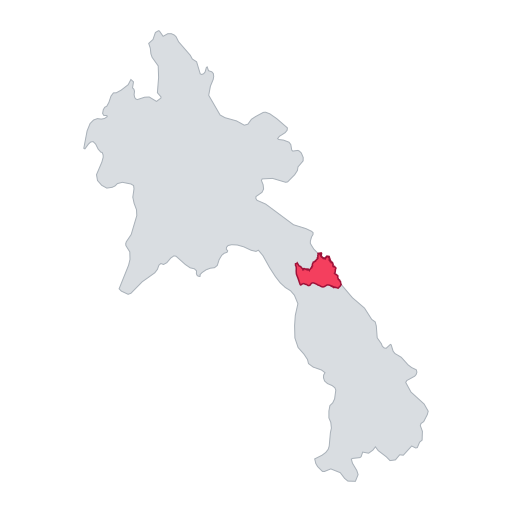 Nakay, Khammouan, Laos (highlighted)
{"feature_id": "54806243B86213796006306", "entity_name": "Nakay", "entity_type": "district", "adm_level": 2, "iso_a3": "LAO", "parent_name": "Laos", "parent_adm1": "Khammouan", "projection": "robinson", "projection_center": [105.229, 17.931], "detail": "fine", "context": "in_parent", "style": "filled", "palette": "rose", "viewbox_px": 512, "rotation_deg": 0, "n_neighbors": 0, "source": "geoboundaries", "source_scale": "gbopen_adm2", "svg_char_len": 8697}
<svg xmlns="http://www.w3.org/2000/svg" viewBox="0 0 512 512"><path d="M176.1,36.8L178.6,41.8L190.3,55.3L192.3,59.0L196.6,61.8L200.2,73.8L201.7,74.5L203.7,73.7L205.1,72.0L206.4,67.4L207.2,66.9L208.5,70.7L211.8,71.8L213.3,73.5L213.7,76.4L213.2,79.4L210.4,86.2L208.7,95.3L220.1,115.0L225.0,117.7L236.5,120.9L244.3,125.2L247.9,124.2L251.4,119.3L255.5,116.6L263.3,112.4L265.5,112.2L269.8,113.8L276.8,118.7L287.4,127.9L287.1,130.3L285.1,132.7L279.4,136.3L277.6,138.6L278.7,139.5L283.5,140.1L289.0,142.2L290.8,144.6L291.7,150.0L292.7,151.1L297.9,150.4L299.5,151.2L301.3,153.0L303.2,157.5L303.1,160.9L298.0,166.9L297.4,170.5L294.7,174.7L287.6,181.9L285.7,182.3L272.6,178.4L262.2,178.9L261.4,180.4L263.1,184.7L263.6,189.0L262.0,192.3L256.0,196.5L255.8,198.4L257.0,200.3L265.7,204.1L293.4,224.7L306.1,228.7L311.6,231.3L313.1,232.7L313.0,234.5L311.6,236.8L310.4,240.9L310.3,243.3L311.6,245.6L313.8,249.1L321.6,257.0L327.3,258.8L333.3,267.8L335.1,275.6L338.0,280.7L352.4,297.7L364.5,308.1L371.7,319.4L375.2,321.9L376.3,326.0L377.2,337.8L381.4,343.8L382.3,346.2L384.1,347.9L386.1,348.3L390.4,344.4L391.2,344.9L393.1,351.2L394.9,353.5L401.3,357.3L408.1,364.9L411.7,367.6L416.3,369.8L416.9,372.2L416.1,374.6L414.7,376.2L406.8,380.5L405.7,382.4L411.0,392.1L424.1,404.0L428.2,411.2L427.3,414.6L423.7,421.6L421.0,423.5L420.3,425.6L422.4,431.3L422.1,440.1L419.6,442.2L417.3,447.6L415.7,448.0L411.7,446.0L403.3,455.2L399.7,454.8L395.4,459.9L390.0,460.6L386.3,456.8L378.2,450.6L375.4,446.8L372.9,450.1L368.6,453.2L362.7,452.1L361.1,456.7L359.9,457.6L352.7,458.4L351.3,459.1L352.5,463.3L356.8,470.5L358.1,474.6L355.4,481.3L347.9,481.1L344.6,478.4L340.3,472.7L330.8,468.9L324.4,471.5L322.4,471.4L317.6,466.6L315.8,463.5L314.7,458.9L322.1,455.2L325.8,452.4L328.2,449.3L329.2,446.1L330.4,432.8L331.4,428.1L330.8,422.4L328.9,417.9L328.9,411.1L329.9,405.6L332.7,402.9L334.6,398.9L335.8,390.1L334.9,387.8L332.2,385.6L327.5,383.6L324.6,381.0L323.5,377.8L323.6,375.1L325.0,372.7L321.5,370.0L313.2,367.1L308.5,363.6L307.5,359.5L304.0,354.2L298.1,347.5L294.9,338.0L294.6,325.6L295.3,315.4L297.9,303.7L294.4,295.2L290.6,290.8L285.3,287.5L280.2,282.8L275.4,276.6L269.6,267.6L262.9,255.6L258.4,250.2L256.0,251.4L251.2,250.3L243.7,246.8L237.3,245.0L231.7,244.7L228.1,245.5L226.5,247.3L226.3,249.1L227.7,250.9L227.0,252.3L224.1,253.3L221.7,255.3L219.1,259.7L217.3,265.4L214.5,267.7L210.3,268.2L206.1,269.8L202.0,272.6L200.0,274.7L200.2,276.2L199.3,276.5L197.3,275.7L196.4,273.8L196.5,270.8L194.4,268.8L190.1,267.8L185.3,264.5L176.0,256.2L173.8,255.9L170.8,258.0L166.8,262.7L163.5,264.5L160.9,263.5L158.9,265.2L157.4,269.4L154.8,272.8L142.3,281.7L130.9,293.3L128.1,294.3L121.3,291.1L119.1,288.8L128.6,265.2L130.0,259.4L129.8,251.9L125.9,245.6L125.7,243.7L126.3,241.8L131.2,234.5L136.8,215.6L136.5,209.7L134.1,203.3L132.8,197.2L134.0,188.8L133.6,185.6L131.0,184.0L122.4,182.3L117.4,183.6L115.1,185.9L112.2,187.3L106.8,188.1L101.7,185.3L97.5,180.5L96.5,174.7L101.9,162.0L103.2,157.2L103.1,154.9L102.2,152.5L100.9,152.2L98.2,149.2L95.6,144.0L93.1,141.6L90.7,142.0L88.5,144.0L84.9,148.9L83.8,148.3L87.1,130.9L90.1,123.5L93.6,120.0L97.4,118.6L101.3,119.1L104.5,118.5L107.2,116.7L106.9,115.6L103.8,115.4L102.6,113.4L103.3,109.7L104.7,107.3L106.8,106.2L108.9,102.4L111.0,96.1L113.4,92.9L116.3,92.8L121.2,90.1L128.2,84.7L130.9,79.5L133.5,81.9L132.5,87.9L133.9,89.2L134.5,91.3L134.1,94.7L134.7,97.5L135.7,98.9L137.3,99.6L144.7,97.2L149.2,97.0L156.5,101.4L160.9,98.1L161.0,96.9L157.4,92.7L158.6,77.5L158.2,65.9L152.1,57.3L150.9,53.8L150.3,48.2L148.7,43.4L153.0,39.5L155.4,32.5L158.5,30.7L159.4,31.0L163.1,36.3L167.8,33.7L171.4,33.7L174.4,35.1L176.1,36.8Z" fill="#d9dde1" stroke="#a8b0b8" stroke-width="1"/><path d="M341.1,284.5L340.9,284.4L340.9,284.1L340.8,283.3L340.5,282.3L340.5,281.6L339.9,281.1L339.8,280.7L339.8,280.4L339.6,280.1L339.4,279.9L339.2,279.9L339.0,279.7L338.7,279.7L338.6,279.4L338.3,279.3L338.2,279.2L338.2,278.5L338.0,278.1L337.9,277.8L337.6,277.3L337.6,277.1L337.7,276.6L337.9,276.3L337.9,276.1L337.8,275.9L337.6,276.0L337.4,275.5L337.0,275.2L336.9,275.0L336.6,274.7L336.2,274.7L336.1,274.4L335.8,274.3L335.3,274.0L335.0,273.8L334.8,273.5L334.8,273.2L334.6,273.1L334.9,272.8L335.0,272.6L335.2,272.1L335.2,271.3L335.4,270.8L335.3,270.5L335.3,270.1L335.2,269.8L335.6,269.0L335.8,268.8L335.9,268.4L335.8,267.8L335.4,267.6L335.2,267.4L335.0,267.1L334.8,267.0L334.6,266.6L334.6,266.4L334.4,266.3L334.0,266.4L334.0,266.6L333.8,266.7L333.8,266.8L333.6,266.8L333.5,266.5L333.3,266.3L333.1,266.4L333.0,266.2L333.1,265.9L332.9,265.5L333.0,265.4L333.0,265.1L333.2,264.9L333.2,264.7L333.0,264.4L333.0,264.1L332.9,263.7L332.7,263.7L332.6,263.4L332.6,263.1L332.5,262.5L332.4,262.4L332.2,262.6L331.9,262.7L331.6,262.6L331.3,262.7L331.1,262.6L331.1,261.8L331.0,261.6L331.1,261.4L330.9,261.2L330.8,260.9L330.5,260.7L330.4,260.5L330.3,260.3L329.9,260.4L329.8,260.7L329.7,260.5L329.5,260.4L329.4,260.2L329.4,259.9L329.5,259.8L329.4,259.7L329.5,259.6L329.4,259.6L329.6,259.3L329.7,259.2L329.8,259.1L329.7,258.9L329.8,258.7L329.7,258.5L329.7,258.4L329.6,258.1L329.4,257.9L329.5,257.7L329.3,257.0L329.2,257.0L329.1,257.3L329.0,257.5L328.8,257.7L328.7,257.7L328.6,257.3L328.8,256.8L328.9,256.5L329.0,256.4L328.9,256.3L328.6,256.4L328.5,256.6L328.3,256.6L328.1,256.5L327.9,256.5L327.8,256.3L327.6,256.3L327.4,256.2L327.2,256.3L327.1,256.2L326.9,256.3L326.7,256.2L326.6,256.3L326.8,256.5L326.8,256.8L326.7,256.9L326.6,257.0L326.5,257.4L326.4,257.5L326.1,257.5L325.9,257.3L325.7,257.3L325.3,257.9L325.3,258.1L325.4,258.3L325.2,258.7L325.1,258.9L324.9,258.7L324.7,258.6L324.3,258.6L324.3,258.4L324.1,258.3L323.9,258.0L323.6,258.2L323.6,258.5L323.2,258.5L323.0,258.3L322.9,258.0L322.7,257.5L322.5,257.3L322.4,257.3L322.1,257.4L321.9,257.3L321.8,257.1L321.8,256.9L321.4,256.9L321.3,256.7L321.0,256.4L321.1,256.1L321.3,255.9L321.2,255.5L321.3,255.4L321.2,255.2L321.2,254.9L321.3,254.7L321.2,254.5L321.4,254.3L321.5,253.7L321.4,253.3L321.5,253.2L321.4,253.0L321.1,253.0L321.0,252.9L320.8,253.0L320.6,253.0L320.3,253.4L320.4,253.6L320.3,253.9L320.2,254.3L320.1,254.6L319.9,254.2L320.1,253.6L319.7,253.5L319.5,253.3L319.3,253.2L319.2,253.3L319.1,253.6L318.9,253.6L318.9,253.3L318.6,253.4L318.4,253.3L318.1,253.3L317.9,253.7L317.9,253.8L318.2,254.3L318.0,255.1L317.8,255.4L317.8,256.2L318.0,256.7L318.0,256.9L317.9,257.1L317.8,257.4L317.3,257.8L317.3,258.0L317.7,258.3L317.8,258.5L317.6,258.7L317.1,259.2L316.9,259.4L316.5,259.6L316.2,260.1L315.4,260.8L315.3,261.0L315.4,261.3L315.1,261.4L314.6,261.4L314.3,261.6L314.0,262.1L313.6,262.1L313.4,262.1L313.2,262.2L313.2,262.3L313.2,262.7L312.6,263.6L312.3,264.8L312.3,265.0L312.3,265.3L312.5,265.5L312.5,265.8L312.4,265.8L312.4,266.0L312.2,266.2L312.0,266.3L311.8,266.5L311.7,266.7L311.7,266.8L311.7,267.0L311.8,267.1L311.8,267.4L311.7,267.4L311.7,267.5L311.6,267.8L311.3,267.8L311.2,267.9L311.0,268.2L310.9,268.2L310.9,268.3L310.7,268.4L310.2,269.3L309.9,269.4L309.6,269.9L309.4,270.0L309.3,270.5L309.2,270.4L309.2,270.1L309.1,270.3L309.0,270.2L308.9,270.0L309.0,270.0L308.8,269.9L308.7,269.9L308.6,269.7L308.3,269.5L308.0,269.4L307.8,269.3L307.8,269.2L307.6,269.3L307.6,269.2L307.4,269.2L307.4,269.3L307.5,269.3L307.4,269.5L307.2,269.3L307.1,269.5L307.0,269.3L306.9,269.4L306.8,269.2L306.5,269.3L306.5,269.2L306.4,269.1L306.1,269.3L305.9,269.1L305.7,269.1L305.4,269.1L305.2,268.9L304.7,268.8L304.5,268.6L304.2,268.7L304.1,268.8L303.9,268.9L303.9,268.7L303.7,268.7L303.6,269.1L303.4,269.0L303.4,269.3L303.3,269.2L303.1,269.2L303.0,269.3L303.0,269.2L302.9,269.1L302.9,268.9L302.7,269.0L302.6,268.8L302.5,268.6L302.3,268.5L302.1,268.3L302.0,268.2L301.9,268.1L301.6,267.9L301.2,267.4L301.2,267.2L300.9,267.0L300.8,266.8L300.6,266.5L300.1,266.3L299.4,266.1L298.9,265.7L298.3,264.7L297.2,262.9L296.9,263.4L296.8,263.5L295.5,263.8L295.5,265.3L296.0,266.3L296.2,266.9L296.3,269.0L296.2,271.0L296.4,274.0L296.7,274.9L298.1,278.5L299.6,283.0L300.1,284.4L300.5,284.9L300.8,285.0L301.2,284.7L301.8,284.2L303.0,283.7L303.6,283.6L304.3,283.7L305.0,284.1L305.3,284.3L305.9,284.4L306.4,284.4L306.7,284.6L308.0,285.5L308.5,285.6L309.3,285.5L309.7,285.3L310.0,285.2L310.6,284.3L310.9,283.9L311.6,283.3L312.0,283.0L312.4,282.9L313.2,282.8L315.1,283.5L316.2,284.0L317.2,284.5L317.5,284.7L317.8,285.0L318.4,285.2L319.5,285.5L320.6,286.2L321.4,286.6L322.4,286.9L323.2,286.9L323.9,286.8L325.2,286.1L326.6,285.2L327.5,284.9L327.8,284.9L329.2,285.1L330.2,285.4L330.9,285.9L331.1,286.1L331.3,286.2L331.5,286.0L331.8,286.2L332.0,286.1L332.3,286.6L332.6,286.6L332.9,287.0L333.2,287.2L333.3,287.2L333.5,287.0L333.7,287.4L333.8,287.3L334.0,287.0L334.7,287.4L334.9,287.5L335.1,287.2L335.4,287.3L337.1,287.8L338.1,288.2L338.5,287.8L339.2,287.0L340.0,286.3L340.3,285.9L341.1,284.5Z" fill="#f43f5e" stroke="#9f1239" stroke-width="1.5"/></svg>